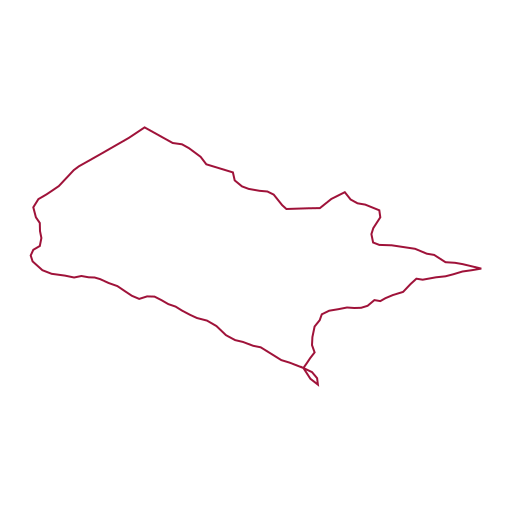 outline of Quixaba, Paraíba, Brazil
{"feature_id": "56859067B6462044474109", "entity_name": "Quixaba", "entity_type": "district", "adm_level": 2, "iso_a3": "BRA", "parent_name": "Brazil", "parent_adm1": "Paraíba", "projection": "orthographic", "projection_center": [-37.12, -7.046], "detail": "fine", "context": "isolated", "style": "outline", "palette": "rose", "viewbox_px": 512, "rotation_deg": 0, "n_neighbors": 0, "source": "geoboundaries", "source_scale": "gbopen_adm2", "svg_char_len": 1521}
<svg xmlns="http://www.w3.org/2000/svg" viewBox="0 0 512 512"><path d="M303.4,368.0L307.0,362.9L310.2,358.1L314.6,352.4L312.0,345.1L312.4,337.1L314.6,326.5L319.7,320.2L321.8,314.3L329.2,310.7L338.3,309.2L347.0,307.5L354.3,308.0L361.1,307.8L367.6,305.8L374.4,300.1L380.3,301.1L385.4,298.2L393.0,295.0L403.1,291.9L410.6,284.0L416.4,278.7L422.7,279.7L436.0,277.3L445.5,276.3L453.2,274.3L462.5,271.5L471.8,270.2L481.3,268.6L462.5,264.1L455.0,262.8L445.5,262.2L434.1,254.9L426.8,253.7L415.1,248.8L391.7,245.3L379.3,244.9L373.1,242.5L371.4,234.1L373.3,228.1L380.3,217.3L379.3,210.3L365.2,204.6L357.5,203.3L350.6,199.5L344.8,192.2L331.4,198.9L319.9,208.1L307.8,208.3L286.4,209.0L282.2,205.2L273.7,194.6L267.4,191.5L259.5,190.8L248.7,188.9L242.0,186.4L234.7,180.4L232.9,172.4L206.3,164.3L200.6,156.8L189.0,148.2L182.0,144.3L172.7,143.0L144.6,127.4L128.8,137.9L98.8,155.1L78.9,166.3L73.8,170.1L58.8,186.1L51.9,190.8L46.5,194.4L38.4,199.1L33.3,207.3L35.9,217.3L39.8,223.0L40.0,231.1L41.4,238.0L39.8,246.0L33.3,249.8L30.7,255.5L32.6,261.4L42.4,270.2L51.6,273.8L64.9,275.6L74.1,277.5L81.4,276.0L88.7,277.3L94.6,277.5L100.1,279.1L108.6,283.0L117.4,286.1L125.4,291.5L131.9,295.8L139.2,298.9L147.1,296.4L154.5,296.6L161.4,300.1L168.3,304.1L175.6,306.6L182.2,310.7L190.2,314.9L196.9,318.0L207.0,320.6L216.5,326.1L226.0,335.2L235.1,340.1L242.8,341.9L253.2,345.8L260.7,347.3L281.3,360.1L289.5,362.6L303.4,368.0ZM317.9,384.6L317.1,378.2L312.0,372.1L303.4,368.0L310.4,378.8L317.9,384.6Z" fill="none" stroke="#9f1239" stroke-width="2"/></svg>